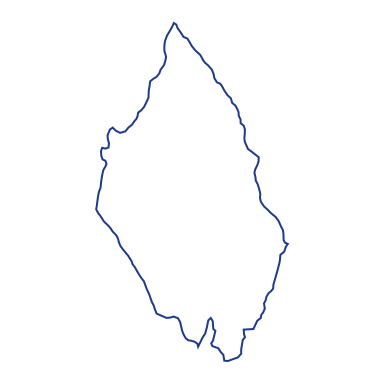 Santa Maria do Salto, Minas Gerais, Brazil (Albers equal-area conic projection)
{"feature_id": "56859067B45600385966200", "entity_name": "Santa Maria do Salto", "entity_type": "district", "adm_level": 2, "iso_a3": "BRA", "parent_name": "Brazil", "parent_adm1": "Minas Gerais", "projection": "albers", "projection_center": [-40.119, -16.295], "detail": "fine", "context": "isolated", "style": "outline", "palette": "blue", "viewbox_px": 384, "rotation_deg": 0, "n_neighbors": 0, "source": "geoboundaries", "source_scale": "gbopen_adm2", "svg_char_len": 2678}
<svg xmlns="http://www.w3.org/2000/svg" viewBox="0 0 384 384"><path d="M287.8,243.9L285.0,242.7L283.6,240.0L283.5,234.6L283.0,230.3L280.9,226.2L278.7,221.2L275.7,217.0L272.5,214.4L270.2,212.4L267.7,209.7L264.3,206.7L262.3,203.9L260.7,201.3L260.0,197.6L260.3,193.9L259.1,188.8L257.6,184.0L255.8,180.7L255.4,176.8L254.4,172.8L255.2,169.5L257.3,165.1L258.6,161.3L258.7,157.2L255.1,154.4L251.3,151.4L248.0,149.0L245.9,144.3L244.7,141.3L244.4,138.2L244.7,134.5L244.9,129.4L243.8,125.8L240.6,123.1L240.6,119.6L238.8,115.9L238.5,112.0L237.4,109.3L235.5,105.7L232.2,102.9L230.8,98.2L227.7,95.4L224.4,90.7L222.4,86.9L220.5,83.9L216.9,82.3L214.3,78.0L213.6,74.0L211.8,69.6L208.2,65.5L205.1,62.8L203.0,60.1L201.7,57.4L200.0,54.6L197.5,52.4L195.4,50.5L193.6,48.3L191.8,46.1L189.8,42.5L187.4,38.6L183.5,36.9L180.6,32.3L177.6,28.2L176.3,24.6L173.9,23.0L171.9,27.3L169.2,32.0L167.1,35.4L165.9,38.6L165.0,41.3L164.5,44.2L164.3,48.2L164.5,51.5L165.4,54.2L166.1,57.0L165.3,60.8L164.1,64.9L162.4,67.3L160.6,69.7L159.3,73.4L156.4,77.0L153.4,78.7L150.1,81.4L149.6,85.9L148.8,90.3L148.6,94.6L148.5,97.6L146.4,102.3L144.2,106.7L141.2,110.4L138.2,112.5L137.5,116.2L136.4,118.9L134.4,121.1L132.0,124.7L128.4,127.6L125.4,131.3L120.1,132.9L116.0,130.8L112.7,127.6L109.9,129.6L108.5,133.0L107.5,135.7L107.9,139.4L109.0,143.4L108.5,147.5L105.4,148.6L102.2,147.8L101.0,151.2L101.3,155.8L102.6,159.4L105.4,160.8L106.5,163.8L105.4,166.5L103.4,169.9L102.4,174.1L101.6,178.4L101.0,183.5L100.5,187.9L98.9,192.0L98.0,196.7L97.4,201.0L96.8,205.8L96.2,209.3L98.2,213.2L100.0,215.4L101.9,218.2L103.7,221.2L105.9,223.4L108.4,225.8L110.8,228.6L112.5,231.4L114.9,233.8L116.7,236.0L118.0,238.7L119.0,242.6L120.6,246.3L123.2,249.7L125.8,252.9L128.3,255.9L129.8,258.4L131.6,261.2L132.6,264.3L134.7,266.9L136.8,270.7L139.1,274.6L141.2,277.8L143.9,281.3L145.5,285.7L147.1,289.9L149.1,294.0L150.6,298.4L152.0,302.3L153.6,305.3L154.8,308.9L156.6,313.6L161.7,315.8L166.5,317.9L170.0,317.6L173.9,316.6L178.0,318.3L180.1,321.9L181.1,326.2L182.1,330.6L183.5,334.3L185.8,338.3L188.3,340.3L191.2,340.7L194.5,341.7L197.4,343.7L198.1,346.7L202.8,337.1L205.1,333.8L206.8,327.7L208.3,320.4L210.8,318.0L212.7,321.1L213.3,328.9L215.4,330.8L213.0,340.6L211.2,343.4L212.4,346.1L218.4,348.3L220.7,352.0L223.3,354.8L224.3,360.7L227.9,361.0L233.1,359.1L237.8,357.5L241.2,353.7L241.2,349.2L242.8,339.8L245.0,337.3L244.0,334.2L243.7,329.6L253.4,329.0L257.3,320.7L260.7,318.1L261.3,314.9L263.3,312.2L264.8,308.6L264.0,303.4L265.5,300.6L266.6,296.4L268.7,293.1L271.0,291.2L273.1,288.7L273.5,284.3L275.2,278.5L277.0,272.2L279.4,263.1L279.9,260.2L280.4,254.8L284.2,251.7L285.8,246.9L287.8,243.9Z" fill="none" stroke="#1e3a8a" stroke-width="2"/></svg>